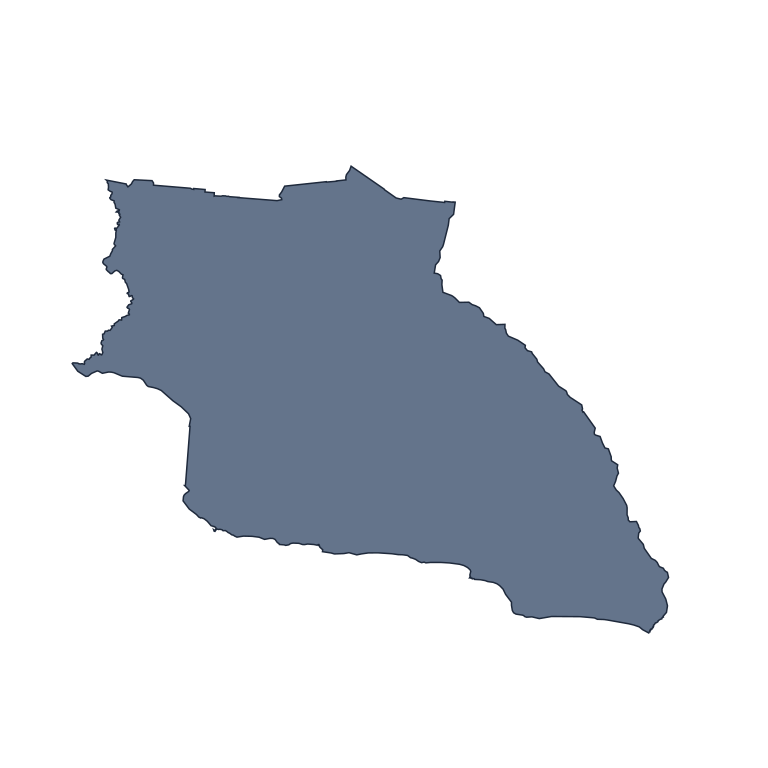 the district of Onkaparinga, South Australia, Australia, rotated 278°
{"feature_id": "25037944B62747843124796", "entity_name": "Onkaparinga", "entity_type": "district", "adm_level": 2, "iso_a3": "AUS", "parent_name": "Australia", "parent_adm1": "South Australia", "projection": "albers", "projection_center": [138.568, -35.187], "detail": "fine", "context": "isolated", "style": "filled", "palette": "slate", "viewbox_px": 768, "rotation_deg": 278, "n_neighbors": 0, "source": "geoboundaries", "source_scale": "gbopen_adm2", "svg_char_len": 6065}
<svg xmlns="http://www.w3.org/2000/svg" viewBox="0 0 768 768"><g transform="rotate(278 384 384)"><path d="M537.9,83.8L536.6,86.3L536.4,87.8L535.8,88.2L534.3,88.1L532.9,87.2L531.2,87.3L530.4,86.5L529.7,86.7L528.5,88.1L527.8,91.3L526.0,91.5L525.4,92.2L524.0,92.9L520.8,93.9L519.7,97.7L519.0,97.7L518.1,95.6L517.1,94.9L517.2,97.7L515.8,97.7L515.4,98.8L514.4,98.4L512.5,100.0L509.3,98.6L507.8,99.6L507.2,98.0L506.4,97.4L505.1,97.8L504.8,98.3L505.2,99.6L504.7,99.8L501.2,97.8L500.9,97.3L501.0,95.9L500.5,95.6L498.9,96.4L498.8,96.8L499.3,97.5L499.0,97.6L496.4,97.4L491.8,98.0L485.6,97.1L484.5,97.6L483.8,98.8L483.4,99.0L479.5,96.3L478.1,96.5L475.1,95.3L472.4,94.7L468.7,89.3L466.3,88.6L465.0,88.7L463.9,89.7L461.9,93.0L461.1,93.3L459.2,92.9L458.6,93.1L456.8,95.4L456.1,96.8L455.4,97.4L455.2,98.0L455.5,99.2L458.5,101.7L459.4,103.6L458.5,105.8L456.2,108.7L455.9,110.3L452.7,110.2L452.1,110.7L451.5,112.6L448.6,113.8L447.7,115.1L442.3,117.9L439.8,118.7L439.3,118.5L438.6,117.2L437.9,117.1L437.4,118.5L435.2,119.4L435.2,120.0L436.4,121.5L436.4,122.2L434.5,122.9L433.4,124.2L432.4,123.4L431.1,121.7L430.6,121.7L429.2,123.0L428.4,123.0L426.9,120.2L424.3,118.8L423.5,119.5L423.2,120.8L422.3,121.6L418.6,120.9L417.8,122.1L417.1,122.2L416.1,119.8L414.8,118.2L413.3,115.1L410.8,115.2L410.7,112.7L409.5,112.2L406.0,108.5L404.4,108.8L403.4,106.1L402.2,107.0L399.0,105.3L398.9,103.6L397.9,102.9L397.6,100.6L394.7,99.8L394.1,98.4L390.2,99.1L389.0,100.1L388.5,99.9L387.7,98.6L385.3,98.1L384.3,98.4L382.7,100.2L379.3,99.8L376.0,101.2L373.7,100.5L373.5,99.9L374.5,98.2L374.3,97.8L372.9,97.3L372.9,96.8L375.1,95.4L375.3,94.8L372.2,92.8L371.9,90.0L369.9,90.2L368.6,89.0L367.4,88.5L367.5,86.6L365.0,84.5L364.1,84.2L362.6,84.7L361.8,84.5L362.1,82.2L361.6,80.6L361.6,78.8L362.1,77.9L361.7,73.5L361.5,72.8L360.8,72.4L354.0,79.0L350.0,87.7L350.6,90.0L353.8,92.9L357.0,98.1L356.9,99.6L355.4,103.6L357.5,109.5L357.8,112.2L357.6,115.0L355.3,123.8L356.2,139.5L355.9,142.1L354.3,145.1L349.7,149.2L348.7,150.9L348.4,156.3L347.8,160.4L346.6,164.3L338.0,177.3L333.2,186.4L327.3,194.6L322.8,197.4L315.0,197.0L315.1,197.8L258.8,201.3L255.8,201.4L255.7,200.7L251.5,205.9L250.4,205.5L247.8,202.7L246.1,201.5L244.4,201.1L240.3,201.3L233.0,208.6L228.7,216.4L226.4,219.2L225.8,221.2L226.1,221.4L226.1,222.1L225.5,224.7L223.5,228.1L219.6,232.5L219.2,235.7L218.4,235.7L219.1,236.0L218.6,237.2L217.6,237.9L215.2,236.6L215.8,235.7L214.6,236.3L214.5,237.1L217.2,238.5L216.9,240.3L217.3,241.6L217.2,243.2L217.0,244.2L216.3,245.0L216.8,247.3L216.0,249.1L215.2,250.3L214.7,252.1L213.5,254.1L213.3,256.1L212.7,257.0L211.9,259.7L213.8,266.0L214.8,274.5L214.9,281.6L213.5,287.3L215.3,292.7L215.6,295.6L214.9,297.8L212.1,300.5L211.3,302.3L210.5,302.7L210.8,307.6L210.5,309.1L211.5,312.1L213.0,313.7L213.8,316.0L214.4,322.0L213.7,325.6L213.9,327.7L214.9,330.6L215.3,336.9L215.1,340.1L215.9,341.3L215.9,341.9L214.9,341.7L214.8,342.6L213.5,343.2L211.3,346.4L209.4,346.4L209.3,355.3L208.8,358.5L210.5,367.9L212.1,372.8L211.0,380.8L212.6,385.3L214.6,392.2L216.0,402.0L217.0,415.5L217.0,421.6L217.5,426.4L217.5,431.2L215.7,434.4L215.5,436.5L214.7,439.8L213.1,442.9L212.3,446.1L213.2,448.5L212.7,450.3L213.8,455.0L215.2,465.0L215.9,473.6L216.0,483.8L215.4,488.3L213.9,492.3L211.9,495.2L210.5,496.0L206.7,495.6L205.8,496.1L204.0,495.7L204.5,496.8L203.8,497.1L204.0,498.1L203.3,498.5L203.8,500.2L203.1,500.9L203.6,506.8L203.4,511.6L202.8,514.2L202.8,519.7L201.9,523.7L200.5,526.5L197.4,530.5L192.6,533.7L185.7,540.6L182.7,541.0L177.6,542.6L175.5,544.2L174.5,546.7L174.4,553.5L174.1,554.6L173.3,555.6L172.9,557.6L174.0,562.9L173.3,570.4L177.1,582.3L180.9,610.6L181.6,623.6L181.6,625.2L180.7,628.0L181.4,634.7L181.4,638.0L180.6,659.7L180.1,664.9L179.0,670.6L176.7,674.3L174.3,680.8L175.4,681.2L175.6,681.8L176.5,681.5L176.9,681.6L176.9,682.0L177.8,682.0L177.9,682.7L178.6,682.6L178.7,683.5L179.6,683.6L180.0,684.2L180.7,684.1L180.7,684.5L181.3,684.7L182.8,684.5L183.3,685.2L185.2,686.0L185.5,687.0L186.8,688.4L187.7,688.4L189.4,690.3L190.1,691.8L191.2,691.9L192.1,693.1L192.8,692.7L197.1,695.5L203.8,695.6L210.2,693.0L216.8,688.3L219.7,687.8L224.9,689.1L227.0,690.5L232.0,692.7L237.0,690.8L237.4,689.5L238.6,687.6L240.4,686.3L241.4,682.4L242.3,681.4L245.3,679.4L247.1,677.2L248.5,673.0L257.5,664.6L261.3,663.1L266.4,657.4L267.3,657.1L271.8,657.0L274.1,658.3L276.4,657.4L277.4,656.3L279.4,655.6L283.0,653.1L281.8,646.7L283.3,644.8L285.4,644.5L288.3,642.9L295.2,642.0L297.6,641.2L303.9,636.7L309.2,631.8L311.3,628.8L315.1,625.6L320.0,626.9L325.3,627.5L328.3,628.6L333.2,626.6L336.5,626.7L339.6,620.1L340.8,619.6L343.6,619.1L351.0,615.2L351.4,611.7L355.9,608.6L362.1,605.3L362.9,600.4L363.7,599.3L365.5,598.9L369.7,599.3L384.2,585.6L383.8,585.0L385.7,583.7L386.9,584.1L390.8,582.7L396.7,570.2L399.2,567.0L401.3,566.1L402.6,565.1L406.2,557.2L416.9,546.0L418.5,541.7L421.3,539.9L427.2,533.0L429.8,531.9L434.8,526.6L436.4,525.7L437.0,521.4L439.5,518.6L442.0,518.6L446.0,510.4L448.7,500.5L451.4,498.1L454.8,496.9L456.1,495.9L459.9,495.5L458.4,486.9L463.6,479.1L464.8,473.5L467.8,472.5L472.8,467.9L474.2,463.9L474.9,460.2L476.8,456.7L475.3,447.3L479.1,442.3L480.4,440.0L481.0,438.6L483.0,429.6L490.4,427.5L495.0,427.1L496.2,425.9L499.3,424.9L500.7,421.8L500.8,418.3L509.2,418.5L512.9,421.0L517.0,422.0L523.5,420.7L528.1,423.0L530.7,423.5L550.2,425.6L556.8,425.5L561.7,429.3L574.0,429.2L573.9,427.1L573.6,427.1L573.4,418.8L572.2,418.8L571.7,404.1L571.3,377.7L569.4,375.3L569.9,370.1L576.4,357.5L577.0,357.1L595.1,321.1L590.7,320.2L586.2,317.7L583.6,317.4L580.8,317.9L578.5,308.7L578.2,308.8L575.9,298.8L576.3,298.7L566.1,258.1L559.9,255.9L556.7,254.1L555.0,254.3L553.8,256.6L552.3,257.1L550.7,252.6L548.3,213.8L548.6,214.0L548.0,205.1L548.3,203.5L547.9,202.5L548.2,200.9L547.9,197.8L547.3,196.6L546.8,190.4L546.4,189.7L549.8,189.3L549.2,180.0L551.7,179.8L551.1,168.4L550.2,168.5L550.3,166.5L550.9,165.1L548.8,128.1L551.0,127.8L553.1,126.0L551.5,108.2L549.5,106.9L546.9,106.0L543.6,103.0L545.2,101.4L546.2,100.9L547.3,80.6L546.3,81.9L544.9,81.9L543.9,83.1L540.6,83.8L537.9,83.8Z" fill="#64748b" stroke="#1e293b" stroke-width="1.5"/></g></svg>